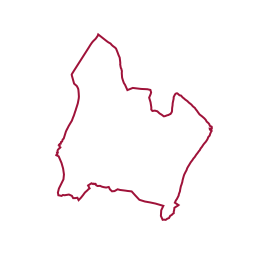 Toungo, Adamawa, Nigeria, rotated 168°
{"feature_id": "59680162B46313771844948", "entity_name": "Toungo", "entity_type": "district", "adm_level": 2, "iso_a3": "NGA", "parent_name": "Nigeria", "parent_adm1": "Adamawa", "projection": "albers", "projection_center": [11.775, 7.93], "detail": "fine", "context": "isolated", "style": "outline", "palette": "rose", "viewbox_px": 256, "rotation_deg": 168, "n_neighbors": 0, "source": "geoboundaries", "source_scale": "gbopen_adm2", "svg_char_len": 3636}
<svg xmlns="http://www.w3.org/2000/svg" viewBox="0 0 256 256"><g transform="rotate(168 128 128)"><path d="M137.7,225.7L138.5,224.4L141.1,222.0L144.1,220.1L145.5,219.0L147.4,217.2L149.9,214.6L163.4,200.9L169.2,195.0L171.5,192.6L172.0,191.9L172.0,190.7L171.5,182.6L169.4,179.8L169.1,178.9L168.6,176.9L168.6,176.5L168.6,175.6L169.0,172.2L169.5,168.9L170.1,167.0L172.0,162.5L173.8,159.3L175.2,156.9L175.3,156.6L175.6,156.1L176.3,155.0L177.9,152.2L178.9,150.6L179.3,150.1L181.4,146.8L183.2,144.9L185.6,142.3L187.9,139.4L188.0,139.4L189.5,137.4L191.4,134.0L193.1,131.0L194.3,130.3L195.2,128.6L195.7,128.3L196.1,128.2L196.4,128.2L196.7,127.6L197.0,126.7L197.3,126.7L197.8,126.7L198.1,126.6L198.5,126.1L199.0,125.9L199.2,125.7L198.5,125.0L198.9,124.1L198.8,123.7L198.2,123.1L198.4,122.9L199.8,122.1L200.7,121.6L201.3,121.0L201.7,120.3L201.8,119.4L201.7,118.7L202.0,118.4L202.5,118.5L202.4,117.5L202.6,117.0L203.4,116.9L203.8,116.3L201.7,114.7L200.3,107.6L199.9,101.8L200.3,95.9L201.8,91.2L208.2,83.1L210.0,79.4L210.1,76.7L207.1,75.4L205.6,76.0L204.0,75.4L199.6,75.2L197.0,73.3L196.2,70.8L195.1,70.6L194.3,70.4L192.0,70.3L191.3,67.7L188.5,69.6L185.7,71.9L184.4,73.1L183.3,74.0L182.2,74.6L181.7,74.9L180.6,75.5L179.7,76.2L178.1,76.9L179.0,80.1L175.3,81.5L174.8,81.0L174.4,80.7L173.7,80.9L173.0,80.2L172.5,80.2L172.0,80.4L171.7,80.3L171.4,80.1L171.2,79.8L171.3,79.2L170.9,78.5L169.8,77.6L167.3,77.2L166.0,76.2L164.3,75.3L161.8,74.3L159.1,74.3L158.4,71.7L156.8,69.4L154.3,69.1L150.9,70.2L149.3,69.4L148.8,69.1L145.9,68.1L143.6,67.3L141.2,66.4L139.3,65.8L137.6,65.2L135.0,60.7L131.8,55.4L126.8,52.6L121.6,50.5L116.9,48.4L109.6,44.5L112.6,40.6L114.1,35.2L113.2,31.0L111.9,30.9L110.2,30.3L108.5,31.1L106.6,31.4L104.9,33.4L103.4,33.8L102.3,34.6L101.0,35.1L100.6,36.8L100.0,37.9L99.2,40.3L98.2,40.7L95.6,41.6L94.6,42.1L97.7,45.2L96.3,47.1L95.7,47.7L95.0,48.3L92.5,51.4L92.1,52.5L91.5,53.5L90.4,55.2L89.6,57.3L88.8,59.1L88.3,60.2L87.5,61.4L86.4,63.4L86.2,63.7L85.4,65.7L84.1,68.2L83.3,69.7L82.7,70.7L81.2,72.6L79.5,74.6L78.5,76.3L77.0,78.0L76.2,78.8L75.1,80.0L73.7,81.5L71.8,83.1L70.3,84.6L68.9,85.6L67.4,87.1L66.6,87.9L66.3,88.1L65.1,89.1L63.5,90.6L62.4,91.4L61.2,92.9L59.7,94.1L57.8,96.0L56.6,97.0L54.7,98.4L53.4,99.7L52.8,100.3L52.2,101.1L51.4,102.4L49.7,103.6L48.8,105.3L48.2,106.1L47.8,106.7L47.4,107.3L46.8,107.7L46.8,108.8L47.8,109.0L48.2,109.4L48.2,110.4L47.6,110.2L46.9,109.8L46.1,110.2L45.9,111.3L45.9,111.9L46.7,112.5L47.5,113.1L47.7,114.8L48.2,115.8L48.6,116.5L49.0,116.9L49.8,118.1L50.2,119.6L50.4,120.0L51.4,121.7L53.3,124.2L55.2,126.4L56.4,129.1L57.0,130.6L57.8,132.1L58.4,133.7L60.1,135.8L61.1,137.7L62.6,139.5L63.2,140.2L64.2,141.8L64.7,142.4L66.1,143.9L66.7,144.7L67.5,145.8L68.1,146.4L69.4,148.7L70.8,149.3L71.1,149.7L72.5,151.6L73.3,151.8L74.4,151.6L74.5,151.5L75.6,150.4L76.9,148.7L77.3,147.1L79.0,143.3L79.4,142.1L79.6,141.2L80.2,139.6L80.7,138.3L81.1,136.7L81.3,135.9L81.7,134.8L82.3,134.0L83.3,133.1L83.6,132.8L84.3,132.8L85.7,132.3L86.9,132.3L89.5,131.9L90.6,132.0L92.2,133.9L94.1,135.7L95.8,138.2L98.1,139.4L100.6,139.6L101.4,141.2L100.9,143.3L100.6,148.5L101.0,153.3L98.8,156.5L98.0,158.0L98.2,160.6L101.0,161.9L107.1,163.5L115.0,166.2L120.7,165.2L121.9,170.8L122.7,172.9L123.1,176.0L123.3,178.5L122.7,182.9L122.1,185.1L122.2,185.5L122.2,187.1L122.2,187.3L122.5,188.1L122.5,188.5L122.5,189.4L122.5,189.9L122.5,190.0L122.4,191.0L122.5,191.5L122.2,192.4L122.0,193.4L121.8,195.1L121.6,197.4L121.5,198.6L122.0,200.9L122.2,202.1L122.4,203.6L123.2,208.2L124.0,209.4L125.7,211.3L126.7,212.7L127.5,214.2L128.5,215.1L129.1,215.6L130.0,216.5L131.2,217.9L131.7,218.5L137.7,225.7Z" fill="none" stroke="#9f1239" stroke-width="2"/></g></svg>